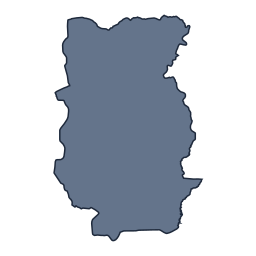 the district of Svay Leu, Siemréab, Cambodia
{"feature_id": "14789045B56730119052608", "entity_name": "Svay Leu", "entity_type": "district", "adm_level": 2, "iso_a3": "KHM", "parent_name": "Cambodia", "parent_adm1": "Siemréab", "projection": "orthographic", "projection_center": [104.313, 13.682], "detail": "fine", "context": "isolated", "style": "filled", "palette": "slate", "viewbox_px": 256, "rotation_deg": 0, "n_neighbors": 0, "source": "geoboundaries", "source_scale": "gbopen_adm2", "svg_char_len": 5769}
<svg xmlns="http://www.w3.org/2000/svg" viewBox="0 0 256 256"><path d="M188.7,25.6L187.7,25.9L187.2,26.8L186.2,27.4L185.5,27.2L185.2,26.5L185.4,25.7L184.9,25.0L184.8,23.9L182.8,21.4L182.9,21.0L182.6,20.3L181.2,19.7L180.4,19.7L179.8,19.3L179.2,18.5L177.4,17.2L176.8,16.6L176.1,16.3L174.6,16.8L173.7,16.5L172.1,17.1L171.3,17.1L170.6,16.8L170.0,16.8L169.0,16.9L168.0,17.3L166.9,16.5L164.8,15.8L164.4,15.4L164.0,15.4L163.2,16.1L162.3,16.7L160.9,18.3L160.6,19.3L160.1,19.8L159.4,19.9L157.8,19.4L156.3,18.6L154.1,18.0L148.0,18.6L145.4,19.3L144.4,18.9L142.7,19.1L142.2,19.0L140.2,18.0L139.2,17.7L138.6,17.7L137.7,17.1L137.2,17.4L134.7,17.9L134.0,17.7L133.5,17.8L131.7,19.0L130.7,20.2L130.4,20.3L128.4,18.5L127.1,18.0L126.2,18.0L124.5,18.7L123.1,19.4L121.8,20.7L120.0,21.7L118.9,22.7L118.7,23.3L117.8,24.3L115.6,25.2L114.1,26.0L113.1,26.3L112.6,27.5L111.9,27.9L110.7,28.0L109.0,30.0L108.1,30.0L106.1,28.9L102.2,28.6L100.7,28.2L97.5,26.4L96.6,24.2L95.1,22.7L93.7,21.8L92.6,20.6L89.6,19.2L86.2,18.3L84.5,18.2L83.7,17.8L82.2,17.4L76.6,17.9L71.6,18.7L70.8,19.2L68.7,19.7L67.9,20.1L67.6,23.7L67.5,26.5L68.0,36.1L67.6,37.6L65.9,38.9L64.9,40.1L63.7,41.8L62.9,43.5L62.6,45.2L62.9,51.3L63.4,52.9L66.2,56.7L66.6,57.9L66.6,62.9L65.8,64.3L64.8,65.4L64.8,66.3L67.4,75.7L68.3,82.6L69.6,85.0L69.7,85.7L68.6,86.0L67.0,86.9L64.0,88.0L59.5,90.1L56.3,91.7L55.2,92.8L56.3,95.2L56.2,96.1L56.7,96.7L57.3,98.8L58.0,99.9L58.7,100.2L62.9,100.3L63.6,100.4L64.1,100.9L64.9,103.0L65.7,104.7L67.6,106.9L68.2,107.9L68.6,109.5L68.6,111.5L68.1,116.5L67.8,117.6L67.1,119.4L64.3,123.7L62.0,126.6L60.7,128.3L59.9,129.9L59.8,130.4L59.8,139.4L60.0,140.8L60.3,141.3L63.1,144.1L64.3,146.2L64.8,147.7L64.9,148.7L64.6,152.0L64.0,156.2L63.5,157.5L62.7,158.5L61.2,159.4L60.7,159.6L57.0,159.7L55.9,160.1L55.3,161.7L54.9,167.1L54.1,172.5L54.1,173.0L60.8,183.1L62.9,184.1L63.5,184.7L63.9,185.3L64.1,187.5L64.7,189.6L65.4,190.4L67.2,191.1L68.4,194.3L69.0,197.4L70.0,198.7L70.9,199.4L71.1,200.0L71.5,200.3L71.8,200.9L72.1,201.9L72.2,203.1L72.0,204.3L72.1,205.1L73.4,205.9L74.6,206.9L75.2,206.9L75.5,206.6L75.6,206.1L76.1,205.9L77.4,206.9L78.0,207.2L79.6,207.6L80.4,208.3L81.3,208.8L82.5,208.2L83.2,208.1L88.8,208.7L89.6,208.6L90.8,207.6L91.3,207.6L95.4,209.9L98.4,212.2L98.7,212.8L98.8,213.3L98.4,214.0L97.8,214.7L93.0,219.1L92.4,220.0L91.9,221.5L91.7,223.5L92.5,233.1L92.8,234.3L93.5,234.9L94.5,235.4L97.6,235.0L101.1,235.4L102.9,235.4L104.2,235.6L106.7,235.2L107.8,235.4L108.9,236.2L111.7,240.0L112.8,240.6L113.8,240.6L115.6,239.8L117.2,238.1L118.5,236.1L119.9,233.1L120.1,232.3L123.8,230.9L135.8,230.8L138.8,230.2L147.9,230.0L150.7,229.9L159.4,229.8L160.6,230.3L164.2,232.5L166.3,233.4L167.3,233.3L169.7,232.6L171.9,231.6L176.8,228.9L178.3,227.5L178.5,226.5L178.2,225.9L177.8,225.6L178.7,224.0L178.4,223.6L178.5,223.1L179.2,222.7L179.8,222.8L179.2,222.3L179.9,221.6L179.9,221.2L179.5,220.9L179.1,220.0L179.2,219.8L179.9,219.6L179.6,218.9L180.4,218.4L180.6,217.0L182.0,215.3L182.3,214.6L182.3,214.2L181.9,214.1L180.7,214.5L180.5,214.3L180.5,213.9L181.3,213.8L181.6,213.5L181.7,212.7L181.2,212.0L180.9,212.0L180.7,211.8L180.8,211.6L181.2,211.4L181.4,211.1L181.2,210.7L180.7,211.0L180.4,210.9L180.4,210.6L180.8,210.3L180.7,209.9L180.4,209.7L180.1,208.9L180.5,208.7L180.3,208.2L180.4,207.9L181.1,207.5L180.6,207.0L180.9,206.5L180.8,205.2L181.3,204.7L180.9,204.4L181.1,203.3L181.5,201.9L182.0,201.5L182.3,201.4L182.4,200.9L182.8,200.5L182.8,200.0L183.3,199.6L185.3,198.8L185.3,198.0L185.6,197.7L186.3,197.5L186.5,196.9L187.0,196.5L187.4,195.9L188.4,195.6L189.9,194.4L190.2,192.3L190.7,191.2L191.2,188.9L192.6,188.7L192.9,188.2L193.3,188.0L194.2,187.8L194.7,188.0L195.0,188.0L197.0,187.2L197.3,186.9L197.2,186.7L198.4,186.1L198.6,185.5L198.5,185.2L198.8,184.7L199.5,184.3L200.2,182.6L201.0,181.8L201.4,180.9L201.5,179.8L201.9,179.3L198.1,179.0L193.5,179.1L183.6,178.2L183.4,177.5L182.7,176.6L182.4,175.4L182.5,174.8L183.8,174.1L184.1,173.6L184.1,173.0L183.3,171.5L182.7,171.2L182.1,170.1L181.9,169.3L182.3,168.4L181.9,168.0L182.1,167.3L181.9,167.0L181.6,166.9L181.3,166.6L181.2,165.7L180.5,163.9L180.8,163.3L180.5,161.5L181.4,160.8L181.6,160.1L181.9,160.1L181.8,159.2L182.7,158.6L183.4,157.7L184.0,157.4L185.1,157.4L186.6,157.0L186.9,156.8L187.4,156.2L188.1,156.0L188.3,155.6L189.1,155.2L189.1,154.9L189.4,154.5L189.2,154.4L189.5,153.9L189.0,153.3L189.1,152.8L189.8,151.2L189.9,150.2L189.5,149.5L189.4,148.6L190.0,147.4L190.3,147.4L190.8,146.9L191.0,146.2L190.7,145.6L190.8,145.3L191.4,145.0L191.7,144.6L191.8,144.0L193.0,141.3L193.8,140.4L194.9,139.7L195.3,139.0L195.3,133.2L195.0,132.8L192.0,130.9L191.1,129.9L190.6,128.7L190.4,127.3L190.5,125.7L190.8,124.6L191.6,123.0L192.1,121.0L191.9,120.3L191.3,119.8L191.0,117.8L190.5,116.0L190.7,114.9L190.6,112.4L189.0,109.8L188.8,109.4L188.7,108.2L188.1,107.2L186.4,105.9L185.5,105.5L184.3,104.3L183.8,103.3L183.6,102.0L183.1,101.5L182.8,100.3L184.0,98.4L184.7,97.9L185.4,96.4L185.4,94.7L185.1,93.9L184.3,93.1L182.8,92.4L181.0,91.9L179.8,91.1L178.6,90.0L177.4,88.7L176.7,86.4L176.5,83.1L176.3,82.7L175.5,81.9L175.1,79.9L174.5,79.2L174.3,78.5L173.4,77.2L172.9,77.0L172.6,77.0L170.5,77.7L170.0,77.7L169.4,77.3L167.4,78.0L165.6,78.2L164.6,77.9L164.1,77.3L163.6,76.1L163.4,75.2L163.5,74.8L164.0,74.1L166.3,72.0L166.9,71.0L167.5,69.3L167.2,66.6L167.4,65.7L168.2,65.3L170.7,66.1L171.4,65.9L172.6,63.6L172.7,62.6L172.4,61.4L172.9,60.2L175.5,59.5L175.8,58.7L175.6,58.0L175.8,57.2L177.6,55.8L178.3,55.5L177.5,54.7L175.8,53.8L175.7,53.5L176.5,50.4L177.5,48.4L178.1,46.5L178.7,45.2L179.7,44.1L180.8,44.1L183.6,44.8L185.7,45.1L186.2,44.9L186.5,44.5L186.6,44.0L186.4,43.2L186.1,42.6L182.7,39.9L182.3,38.8L182.5,37.6L183.2,36.7L184.2,35.8L187.5,33.7L188.0,33.2L188.3,32.7L188.6,31.6L188.7,30.3L189.8,26.9L189.7,26.3L189.3,25.7L188.7,25.6Z" fill="#64748b" stroke="#1e293b" stroke-width="1.5"/></svg>